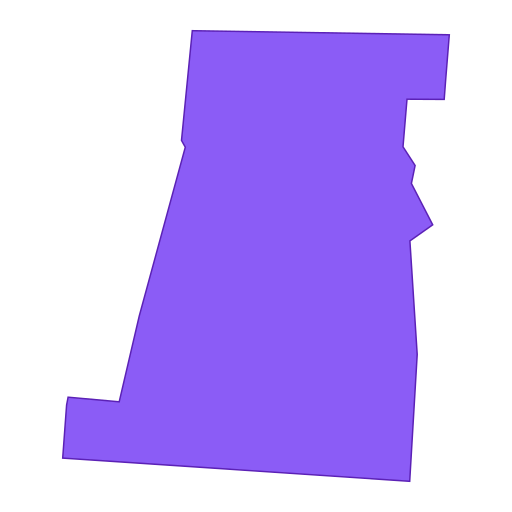 Madison, Ohio, United States of America (Natural Earth projection)
{"feature_id": "52423323B7238246753004", "entity_name": "Madison", "entity_type": "district", "adm_level": 2, "iso_a3": "USA", "parent_name": "United States of America", "parent_adm1": "Ohio", "projection": "natural_earth1", "projection_center": [-83.395, 39.903], "detail": "fine", "context": "isolated", "style": "filled", "palette": "violet", "viewbox_px": 512, "rotation_deg": 0, "n_neighbors": 0, "source": "geoboundaries", "source_scale": "gbopen_adm2", "svg_char_len": 363}
<svg xmlns="http://www.w3.org/2000/svg" viewBox="0 0 512 512"><path d="M62.7,458.1L409.7,481.3L417.2,354.5L409.9,240.9L432.7,224.8L411.4,183.5L415.1,165.5L403.0,146.8L407.0,99.2L444.2,99.4L445.6,80.7L449.3,34.8L192.3,30.7L181.5,140.4L185.3,147.2L139.3,315.8L119.2,401.8L68.1,397.2L66.6,405.0L62.7,458.1Z" fill="#8b5cf6" stroke="#5b21b6" stroke-width="1.5"/></svg>